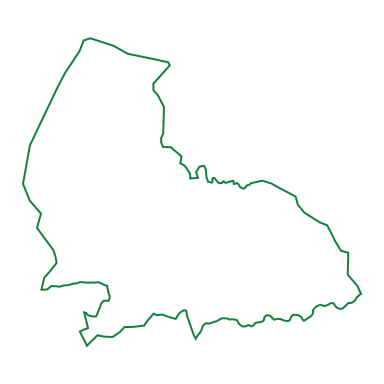 Segou, Ségou, Mali (Natural Earth projection)
{"feature_id": "8926073B86377774430631", "entity_name": "Segou", "entity_type": "district", "adm_level": 2, "iso_a3": "MLI", "parent_name": "Mali", "parent_adm1": "Ségou", "projection": "natural_earth1", "projection_center": [-5.995, 13.785], "detail": "fine", "context": "isolated", "style": "outline", "palette": "green", "viewbox_px": 384, "rotation_deg": 0, "n_neighbors": 0, "source": "geoboundaries", "source_scale": "gbopen_adm2", "svg_char_len": 4150}
<svg xmlns="http://www.w3.org/2000/svg" viewBox="0 0 384 384"><path d="M29.8,200.7L41.0,213.6L37.0,227.9L53.5,250.4L55.6,257.1L56.6,262.8L51.0,270.0L44.3,277.7L41.5,289.2L41.4,289.6L42.6,289.6L43.4,289.7L45.0,289.7L45.4,289.6L47.3,289.3L48.9,288.1L50.2,287.0L51.0,286.4L51.4,285.9L53.4,286.2L53.9,286.2L55.4,286.2L56.2,286.2L57.7,286.5L58.8,286.7L60.3,286.5L62.4,285.9L63.6,285.5L64.3,285.3L66.2,285.4L68.9,285.0L70.8,284.5L71.1,284.4L72.0,284.0L72.7,283.8L73.4,283.5L74.4,283.6L75.2,283.5L76.5,283.4L77.7,283.1L78.6,282.5L79.9,282.2L80.6,282.0L81.4,282.1L82.0,282.2L83.1,282.3L83.8,282.3L84.5,282.4L86.2,282.6L87.8,282.8L90.3,282.5L92.2,282.5L93.4,282.6L94.3,282.6L94.9,282.6L97.8,282.2L100.2,282.9L102.5,284.0L104.0,284.8L104.4,284.9L105.2,285.3L107.1,285.7L107.3,287.3L108.7,293.5L109.7,296.1L109.6,298.6L109.0,299.7L108.6,300.8L106.8,300.9L105.4,300.6L104.0,300.7L102.4,302.0L100.8,304.4L100.1,307.4L98.9,309.5L98.0,311.9L97.2,314.1L96.0,316.5L92.3,316.4L89.9,315.7L88.2,315.4L87.4,314.4L86.1,312.9L84.2,312.4L88.0,328.0L84.0,329.6L79.8,331.5L85.5,342.6L86.9,345.7L97.5,335.3L104.0,336.6L112.6,337.0L119.7,332.2L124.5,327.0L132.2,327.0L144.1,325.6L147.7,320.4L150.7,317.0L153.7,313.6L156.8,315.2L162.7,314.6L166.0,316.1L175.7,318.9L179.1,313.4L182.0,311.2L184.3,310.2L186.2,310.6L187.3,316.8L189.1,321.7L192.4,331.3L193.4,333.8L193.8,335.2L194.6,336.5L195.5,338.3L195.7,338.7L196.0,338.2L197.5,335.7L198.4,334.7L199.6,333.1L201.1,331.0L202.3,327.2L203.1,325.6L204.3,324.4L204.6,324.2L206.2,323.2L209.0,323.6L209.5,323.5L210.8,323.1L214.0,322.0L216.9,321.1L220.4,319.1L220.6,319.0L222.5,318.2L227.5,318.5L229.1,319.5L232.5,319.3L235.0,319.6L236.9,320.1L238.9,323.6L240.3,325.1L242.4,326.3L244.9,326.5L246.9,325.8L248.0,325.3L248.8,325.0L249.6,325.3L250.1,325.9L250.6,326.1L251.3,326.4L253.6,325.3L254.6,323.9L255.1,323.1L257.9,322.3L260.0,322.3L260.6,322.2L262.2,321.5L263.1,321.1L263.9,320.1L264.3,317.6L264.9,316.6L265.3,316.3L265.7,315.9L265.9,315.7L266.8,315.2L267.1,315.2L267.3,315.2L269.7,315.6L269.9,315.7L270.4,315.9L270.8,316.2L271.0,316.4L271.6,317.3L274.1,319.7L277.0,319.0L278.0,318.9L278.6,318.9L280.6,319.0L282.4,319.9L284.7,320.7L285.4,320.8L286.9,321.0L288.5,320.8L289.4,320.7L290.6,318.3L291.5,316.6L291.8,316.2L292.0,315.7L292.4,315.7L293.7,314.7L293.9,314.7L294.2,314.8L296.4,315.0L297.5,315.1L297.9,315.1L298.4,315.2L301.0,316.7L301.8,317.9L302.6,319.6L303.8,320.6L304.8,320.4L305.0,320.1L306.3,319.3L310.7,316.4L312.8,313.8L313.1,311.6L313.0,311.1L312.8,310.4L313.3,309.8L314.5,308.4L315.5,307.3L316.1,306.7L316.5,306.5L316.9,306.3L318.0,305.7L320.1,304.9L320.4,304.9L320.8,304.9L322.5,305.4L323.3,305.7L323.8,306.1L325.9,305.7L326.4,305.4L327.0,305.1L328.2,304.7L328.3,304.7L328.5,304.5L328.9,304.3L329.8,303.8L330.9,303.1L331.9,303.1L332.2,303.2L333.3,303.3L334.2,304.3L335.3,306.1L337.0,307.7L338.4,308.4L340.6,309.0L341.8,308.6L343.2,308.1L347.3,304.0L347.7,303.7L348.7,302.9L349.8,303.1L350.6,302.9L351.0,302.8L352.5,302.4L354.8,300.6L356.9,297.3L360.0,294.5L360.2,294.3L361.0,293.9L357.6,286.2L347.7,274.6L348.3,252.8L340.9,250.7L334.8,240.4L327.3,225.4L319.8,222.4L304.5,212.7L297.9,204.9L295.6,196.6L289.7,193.4L277.6,187.1L271.5,183.5L262.4,180.7L250.7,183.3L249.5,184.7L247.9,185.3L246.5,185.5L246.3,186.2L245.3,187.7L243.6,188.7L242.2,188.3L241.1,187.5L240.3,187.3L239.7,186.4L238.6,184.4L237.0,183.0L235.7,183.5L234.7,184.0L233.9,183.9L233.6,183.5L233.6,181.3L233.4,180.9L232.1,180.9L230.0,181.7L227.3,182.4L225.9,182.8L225.1,182.6L224.6,182.2L224.0,181.5L223.2,181.3L222.5,182.3L221.6,183.1L220.2,183.2L218.2,182.6L215.1,178.9L214.2,178.0L213.2,178.0L212.4,178.8L212.5,180.4L212.7,181.9L211.7,182.6L208.1,181.8L206.4,176.9L205.8,169.2L204.0,165.8L199.4,166.7L196.1,172.2L198.0,177.8L190.2,178.5L190.2,176.5L190.1,174.7L189.7,172.9L187.8,170.3L186.4,168.0L184.5,165.6L181.8,164.1L180.3,163.3L181.5,156.4L170.8,147.2L163.1,147.0L161.3,143.0L161.1,138.3L163.2,133.5L163.7,116.6L164.0,107.1L157.8,95.1L153.4,90.3L153.4,83.6L169.8,65.4L168.2,62.3L155.0,59.4L127.7,53.8L113.6,45.8L90.3,38.3L83.7,40.5L79.6,51.0L65.0,73.1L58.2,86.0L29.9,145.4L23.0,183.9L29.8,200.7Z" fill="none" stroke="#15803d" stroke-width="2"/></svg>